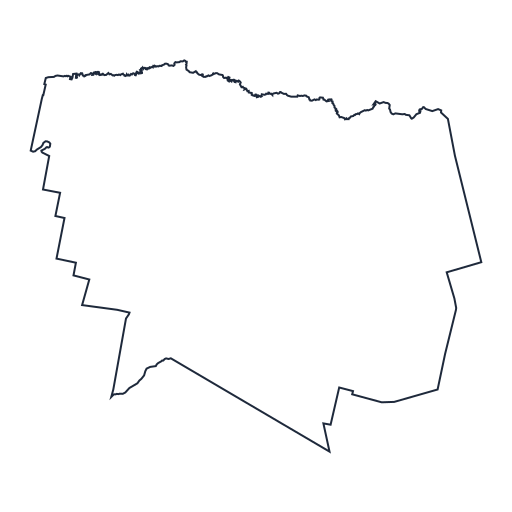 the district of Graneros, Tucumán, Argentina
{"feature_id": "61730980B10036181744679", "entity_name": "Graneros", "entity_type": "district", "adm_level": 2, "iso_a3": "ARG", "parent_name": "Argentina", "parent_adm1": "Tucumán", "projection": "orthographic", "projection_center": [-65.334, -27.735], "detail": "fine", "context": "isolated", "style": "outline", "palette": "slate", "viewbox_px": 512, "rotation_deg": 0, "n_neighbors": 0, "source": "geoboundaries", "source_scale": "gbopen_adm2", "svg_char_len": 5703}
<svg xmlns="http://www.w3.org/2000/svg" viewBox="0 0 512 512"><path d="M447.9,118.9L441.0,112.5L441.2,110.4L438.1,109.1L432.3,111.1L425.7,109.0L423.8,107.1L423.2,107.1L421.9,108.9L419.7,109.4L419.2,110.3L419.3,111.3L420.4,111.3L420.0,112.8L416.4,114.2L413.7,117.5L411.8,118.7L411.2,118.3L409.4,115.3L405.8,114.8L404.7,114.0L402.4,114.3L395.4,113.4L393.3,114.3L391.7,113.6L390.6,112.1L390.0,109.5L389.2,108.6L389.7,105.0L388.7,103.7L387.5,103.0L385.6,102.9L383.6,102.1L379.7,103.5L375.7,101.2L373.6,104.2L375.4,103.8L375.6,104.5L375.2,105.1L374.2,105.5L374.1,106.5L373.3,107.1L372.6,108.7L368.2,110.4L367.2,110.0L365.8,110.6L364.8,110.2L360.9,112.1L359.5,113.3L359.2,114.1L358.0,113.4L357.1,114.0L355.6,114.2L355.0,115.0L354.3,114.9L353.3,116.0L350.8,116.5L349.9,117.8L348.6,118.4L348.6,119.1L346.6,119.1L346.3,118.4L345.0,119.3L344.3,118.1L341.2,117.0L339.6,117.3L338.9,115.4L336.8,113.5L337.0,112.7L337.6,112.3L337.6,111.5L336.8,110.7L336.1,111.1L335.8,110.8L336.4,110.1L335.7,109.6L336.1,108.9L334.5,107.5L334.5,105.9L333.5,104.7L333.3,103.7L332.4,103.1L332.7,102.0L332.5,101.4L331.7,101.3L331.2,100.6L331.7,98.7L330.8,99.8L329.7,99.4L328.2,99.6L327.8,100.3L328.5,101.0L326.5,101.4L324.2,99.5L323.5,99.6L322.9,97.7L320.0,97.4L319.5,97.8L319.3,99.5L318.9,99.7L316.6,99.5L315.8,100.1L314.5,99.4L311.9,100.7L310.2,100.5L309.9,99.6L309.4,99.5L308.8,97.3L306.6,96.4L306.2,95.7L304.4,95.4L302.8,96.0L301.3,95.7L300.0,96.0L297.7,95.4L297.3,96.7L291.3,96.7L287.9,95.7L287.0,95.1L286.1,93.8L283.9,93.9L281.2,92.6L280.7,92.0L279.9,92.1L279.3,93.2L278.0,93.7L276.6,92.8L273.4,93.5L272.3,94.2L272.3,94.9L271.0,93.6L270.3,93.9L269.5,93.6L269.1,92.7L268.4,92.6L268.0,93.9L266.1,93.7L265.8,94.4L264.5,94.8L261.8,94.3L261.7,95.1L260.7,96.2L261.3,96.5L260.8,96.8L258.8,95.7L258.9,96.2L258.1,96.9L256.8,97.2L256.7,96.5L257.2,96.4L257.3,95.6L256.6,95.6L256.0,94.5L255.4,94.5L255.1,94.9L256.1,95.4L255.9,95.9L255.4,95.6L254.6,96.0L252.2,95.2L251.8,94.9L252.2,94.3L251.5,93.6L251.6,92.9L248.8,92.5L248.7,90.9L247.4,91.2L246.3,88.8L244.6,89.4L245.1,88.4L244.9,88.1L243.3,87.7L242.8,86.8L241.5,87.2L239.9,84.3L240.7,82.6L240.2,81.7L238.7,80.5L238.1,80.8L238.0,81.6L235.9,80.7L235.5,81.2L235.5,82.2L234.6,82.0L234.4,81.1L234.9,80.5L234.3,80.4L234.3,79.9L233.9,79.7L233.4,79.8L233.5,80.5L233.1,80.7L232.3,80.1L231.2,80.0L231.2,81.3L229.5,80.2L229.0,81.4L227.7,80.5L227.7,80.1L228.5,80.2L228.9,79.8L228.2,79.8L227.9,79.3L228.5,78.1L229.2,78.0L229.4,77.5L228.3,77.0L228.0,77.6L227.0,77.7L226.5,78.2L225.7,77.7L224.1,78.0L223.1,77.0L223.0,75.9L222.5,75.0L219.0,74.4L217.2,73.2L215.9,73.1L214.4,73.8L213.3,73.3L213.0,73.6L213.0,74.4L211.2,75.4L209.3,76.0L208.4,75.4L207.0,76.3L206.3,76.2L205.7,76.9L203.7,76.9L202.3,76.0L202.9,74.9L202.6,74.3L202.0,74.3L201.3,75.1L199.1,74.7L197.4,73.3L197.1,72.4L196.5,72.3L195.8,71.2L193.1,72.8L189.6,72.2L188.8,71.1L186.5,69.6L186.1,67.2L186.5,65.5L186.0,64.7L186.5,64.0L186.7,61.8L185.8,61.8L185.4,60.9L184.2,60.4L182.8,61.4L180.4,61.3L179.5,62.1L176.6,62.4L175.4,62.1L174.3,63.4L174.6,64.8L173.5,65.9L171.8,65.4L169.3,65.7L168.6,65.4L168.3,64.5L167.6,64.0L166.0,63.6L164.8,63.8L164.4,64.4L161.6,65.5L161.5,66.0L159.4,65.8L158.6,66.4L157.5,66.2L156.1,66.6L155.9,66.3L155.2,66.5L155.2,66.0L154.4,65.6L153.7,66.2L153.3,66.0L152.9,67.3L152.2,66.8L150.2,67.9L150.2,67.3L149.6,67.2L148.9,68.3L148.1,68.7L147.7,68.4L148.0,68.4L147.9,68.1L146.9,68.2L147.2,68.6L146.9,69.4L145.7,69.1L145.1,67.9L143.9,67.8L143.4,68.6L142.8,67.9L142.7,68.8L141.7,68.1L141.0,68.6L141.0,69.5L140.1,70.0L140.8,71.0L141.5,71.1L140.9,71.9L141.3,72.5L142.0,72.6L142.0,73.0L141.0,73.3L140.8,72.6L139.9,72.3L138.9,73.6L138.3,72.9L137.8,73.0L137.6,72.0L136.8,71.7L136.5,72.2L136.9,72.8L135.8,73.4L136.2,74.3L135.7,75.3L135.0,75.1L134.4,73.9L133.5,73.3L132.7,73.5L131.9,74.5L131.0,74.0L129.7,75.6L128.5,75.5L128.3,74.6L127.0,74.9L126.8,74.6L126.6,75.6L125.8,75.6L125.3,76.0L124.6,75.7L124.7,75.2L123.3,74.5L122.9,73.7L121.0,74.4L120.3,75.1L119.0,74.5L117.9,75.1L116.7,74.8L115.0,75.1L114.2,75.7L113.4,75.2L112.7,75.4L110.8,73.9L109.4,74.3L108.4,73.0L106.2,74.9L104.3,75.1L102.8,73.7L102.3,73.9L102.4,74.6L99.8,75.1L98.6,74.4L99.5,73.9L98.8,73.3L99.0,72.2L98.0,71.8L97.4,72.0L96.6,73.3L96.3,72.1L95.5,72.0L95.3,72.4L96.0,73.0L95.5,73.6L94.6,72.4L93.9,72.5L93.6,73.2L94.3,73.6L93.5,73.8L93.3,74.8L92.2,74.9L92.4,74.0L91.6,73.2L90.8,73.1L89.6,74.4L85.6,75.1L85.5,75.8L84.2,76.4L83.7,75.7L82.8,75.5L82.2,73.3L80.9,73.2L80.8,73.8L80.3,73.8L79.3,75.3L78.9,74.5L76.4,74.1L76.2,74.4L77.0,75.5L76.7,76.0L77.0,77.6L76.5,77.9L75.9,77.8L76.2,74.4L76.3,73.6L73.1,74.0L72.4,77.8L71.6,79.4L70.0,79.1L70.5,76.7L68.1,75.8L67.5,76.3L66.5,75.8L65.8,76.2L64.8,75.9L63.5,76.4L57.5,75.5L55.5,75.9L53.9,76.9L48.3,77.2L45.8,78.0L44.3,84.1L45.7,84.6L43.3,95.1L42.8,95.1L41.8,98.9L30.7,150.6L33.1,151.7L35.2,151.2L36.8,149.6L41.0,147.0L42.5,145.1L43.4,142.9L45.5,141.3L47.1,141.4L49.3,142.4L50.3,143.7L49.9,146.4L49.4,147.2L48.2,147.6L47.3,147.1L46.5,147.2L44.9,148.8L41.4,150.6L41.6,151.7L42.4,152.6L49.2,156.0L43.0,189.5L60.1,192.8L55.4,216.0L64.5,218.0L56.5,258.6L75.9,262.7L73.5,275.4L89.3,279.5L82.1,305.1L117.2,309.8L129.5,312.6L128.9,314.3L126.0,318.5L113.3,389.5L111.3,396.9L113.6,394.6L114.3,394.3L115.8,394.3L116.6,393.9L118.7,394.1L119.6,393.7L122.8,393.8L125.3,392.5L129.4,388.0L137.4,383.3L139.4,380.5L141.3,378.9L144.1,375.4L145.3,371.2L146.6,368.6L150.2,366.9L155.8,366.1L156.7,364.4L158.1,363.1L161.5,361.2L162.1,360.5L163.3,360.5L164.7,359.0L166.1,358.4L168.6,359.0L170.8,358.3L329.5,451.6L323.4,423.4L330.6,424.7L339.2,387.5L353.0,391.1L352.2,394.3L381.7,402.3L394.2,401.9L437.6,389.5L445.1,353.9L455.9,310.1L456.2,308.0L454.4,298.5L446.7,272.3L481.3,262.2L454.9,155.6L447.9,118.9Z" fill="none" stroke="#1e293b" stroke-width="2"/></svg>